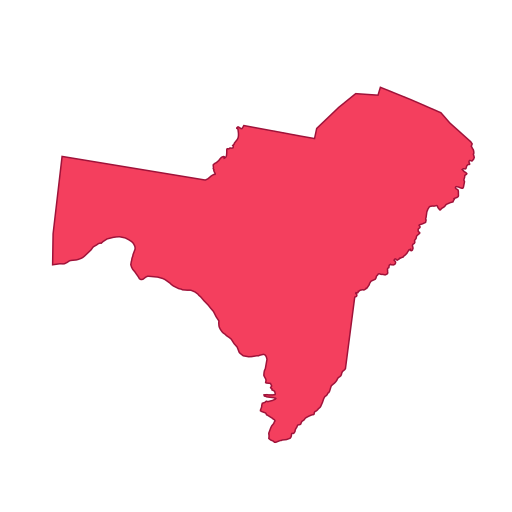 Livingstone, Southern, Zambia, rotated 7°
{"feature_id": "96606910B12959301642296", "entity_name": "Livingstone", "entity_type": "district", "adm_level": 2, "iso_a3": "ZMB", "parent_name": "Zambia", "parent_adm1": "Southern", "projection": "robinson", "projection_center": [25.872, -17.81], "detail": "fine", "context": "isolated", "style": "filled", "palette": "rose", "viewbox_px": 512, "rotation_deg": 7, "n_neighbors": 0, "source": "geoboundaries", "source_scale": "gbopen_adm2", "svg_char_len": 6128}
<svg xmlns="http://www.w3.org/2000/svg" viewBox="0 0 512 512"><g transform="rotate(7 256 256)"><path d="M55.2,289.5L62.2,287.6L65.7,287.3L66.9,287.0L69.3,285.4L71.6,283.4L73.6,282.8L78.1,281.8L80.1,281.0L82.6,279.7L84.1,278.7L85.7,277.1L90.8,270.9L91.6,269.9L93.0,267.3L93.7,266.5L96.5,264.4L98.1,262.9L99.8,262.2L100.8,262.2L102.3,260.4L106.1,257.2L112.0,254.9L115.4,254.0L118.3,253.5L124.1,254.0L127.8,255.4L130.7,256.8L132.3,258.0L133.4,259.3L134.6,261.2L135.1,262.9L135.1,264.2L133.8,269.5L133.7,271.1L133.2,273.3L133.1,275.7L132.9,276.9L132.8,279.9L133.9,282.3L135.3,284.3L137.7,286.5L139.2,288.2L141.5,290.7L143.1,292.8L144.2,293.3L145.4,293.3L146.7,292.8L148.9,290.6L150.0,289.8L151.2,289.2L161.0,288.9L166.2,289.7L168.6,290.5L174.1,293.5L175.3,294.5L177.6,295.8L183.3,297.8L185.7,298.0L187.2,298.5L192.0,298.3L195.0,297.9L196.3,298.1L199.8,299.1L203.0,300.9L204.1,302.0L206.1,303.3L210.0,306.9L214.5,310.5L217.5,313.5L220.3,316.0L221.0,316.9L223.8,321.1L227.1,325.0L227.2,327.1L227.8,330.0L228.3,331.2L229.6,333.2L231.5,335.3L232.7,336.3L235.0,337.5L236.3,338.6L239.3,340.1L241.5,341.5L245.0,345.7L248.4,348.7L251.1,353.7L252.0,354.5L255.5,356.6L261.0,356.9L264.0,356.4L269.0,354.9L270.5,354.8L271.9,354.0L275.1,352.8L275.7,352.7L276.8,353.0L277.7,353.7L278.6,355.0L279.5,357.2L279.0,366.7L278.3,368.9L278.2,370.7L278.3,373.4L278.9,374.5L280.7,377.0L281.1,378.3L281.0,380.5L281.7,380.8L285.9,380.7L287.4,383.1L286.5,384.8L286.9,385.3L288.1,386.0L288.1,386.9L290.1,387.6L291.0,388.1L291.9,390.3L291.8,391.2L289.7,391.8L285.7,392.3L283.8,392.3L280.9,392.8L281.1,393.7L281.8,394.1L282.6,394.1L283.9,394.5L290.4,394.5L292.6,394.7L293.0,394.9L292.7,395.7L289.9,397.4L285.5,399.1L284.1,398.8L283.7,399.0L282.7,400.2L280.2,401.4L279.9,403.5L280.0,404.9L279.8,406.1L279.2,408.4L279.3,409.1L280.7,409.7L284.6,410.6L285.1,411.1L285.9,412.4L286.8,412.6L292.3,415.2L292.8,415.7L294.1,416.2L294.9,417.1L294.9,417.5L294.3,418.7L294.0,420.1L292.3,422.7L291.6,424.7L290.3,430.2L290.4,431.2L290.7,431.9L291.0,434.3L290.9,435.3L291.0,435.6L293.1,436.9L294.7,437.3L295.8,437.7L297.0,438.6L298.3,438.5L302.5,436.2L303.4,436.1L304.6,435.4L308.6,434.5L312.1,432.7L312.7,431.6L313.0,430.3L313.0,428.0L313.4,427.6L314.7,427.6L315.5,426.8L316.1,425.3L316.1,424.2L316.3,423.3L316.6,422.4L317.3,421.1L317.9,418.9L318.9,418.3L319.9,418.1L320.8,417.5L321.5,415.0L321.9,414.4L323.7,412.8L324.6,411.1L325.3,410.4L327.7,408.7L330.4,407.1L331.6,406.6L332.5,406.4L332.9,405.9L333.0,404.2L333.5,403.2L334.8,402.4L336.0,401.0L336.4,400.2L338.1,398.3L338.5,397.5L339.8,393.2L340.6,389.3L341.5,387.1L342.7,386.1L343.4,385.2L344.1,383.3L344.9,382.7L345.5,381.2L346.3,376.7L346.6,375.6L348.3,373.7L349.3,372.7L350.2,371.5L351.3,369.7L351.7,368.3L352.5,366.7L353.8,365.6L354.8,364.5L355.2,363.3L355.4,361.6L355.9,360.1L357.9,358.0L358.5,356.9L359.0,284.8L360.5,283.9L360.8,283.4L360.9,282.8L360.7,282.1L360.3,281.5L359.6,281.1L359.7,280.2L361.4,280.2L361.7,279.8L361.8,279.4L361.8,278.6L362.5,278.4L363.5,277.3L366.2,276.4L367.1,276.6L367.7,276.3L369.2,275.1L369.2,274.6L370.0,274.4L371.9,270.7L372.0,269.6L373.0,267.4L373.5,266.8L377.2,264.5L377.8,263.1L378.0,261.3L378.9,260.2L379.6,258.9L380.4,258.6L382.5,259.0L384.0,258.8L386.2,259.0L386.8,258.9L388.4,257.8L388.7,257.4L388.8,256.4L388.3,254.7L388.4,254.0L388.1,253.3L388.1,252.8L388.2,252.3L388.5,251.9L389.3,251.4L389.3,249.5L389.5,248.7L390.5,247.9L390.9,248.2L391.4,248.2L393.5,248.1L394.5,247.5L395.0,247.0L395.4,245.7L395.2,245.0L394.9,244.3L393.6,243.5L393.6,243.1L394.2,242.1L394.7,241.9L395.3,242.1L396.6,243.0L398.5,241.5L398.6,240.9L399.1,240.5L399.3,240.4L399.5,240.6L401.2,239.5L402.0,239.3L402.7,238.1L404.1,236.7L405.5,234.8L406.3,232.8L406.8,232.2L407.0,231.3L408.5,230.5L408.7,231.7L409.7,231.8L410.5,231.1L410.9,229.3L410.6,228.0L410.3,227.5L410.0,226.8L410.2,225.4L410.5,225.2L410.8,224.8L411.6,224.2L411.8,223.6L412.0,222.8L411.6,222.1L411.5,221.2L412.6,219.4L412.8,218.8L412.9,217.0L413.3,216.1L415.6,213.6L415.7,213.3L415.6,212.8L414.0,211.8L413.7,209.9L413.8,209.4L415.2,207.8L415.3,207.3L415.2,206.9L414.1,205.7L414.4,205.1L417.3,203.8L420.2,202.0L420.4,200.2L420.4,199.4L420.1,199.2L419.9,198.8L419.9,197.8L420.1,197.0L420.2,190.8L420.6,190.2L420.6,189.6L421.0,188.3L422.0,186.2L422.5,185.7L424.8,184.9L426.6,184.8L428.9,184.0L429.3,183.9L429.9,184.3L430.7,185.8L432.7,187.8L433.1,187.9L433.7,187.4L434.2,186.5L434.9,185.8L436.5,184.6L437.5,183.4L438.3,181.9L439.2,181.2L442.4,179.3L444.9,178.3L445.3,176.7L446.0,175.4L446.0,175.0L445.7,174.8L446.3,174.4L447.2,174.0L447.5,173.7L448.1,173.6L449.4,172.4L449.6,171.6L449.0,167.3L448.6,166.0L448.1,165.6L446.2,164.8L445.8,164.4L445.6,163.9L445.8,163.1L446.6,162.7L448.4,162.8L450.3,163.4L452.3,163.7L453.0,163.5L453.5,162.4L453.9,157.0L453.8,156.5L453.0,155.3L453.5,152.1L453.4,150.6L455.0,149.2L455.2,148.5L453.9,147.5L452.1,146.8L451.7,146.2L451.2,146.0L450.1,145.0L451.2,144.1L453.4,144.0L453.8,143.3L453.9,142.6L454.2,140.8L454.9,139.8L455.6,139.3L456.7,139.1L456.9,138.7L455.9,136.8L455.9,136.0L456.5,135.1L457.1,135.1L458.5,135.4L458.9,135.3L460.2,133.4L460.6,131.5L459.4,128.6L459.4,128.0L459.7,127.5L459.5,126.2L459.0,124.6L458.6,123.8L457.8,123.0L457.0,121.7L456.3,120.9L456.9,118.4L455.3,116.5L432.1,100.3L422.1,91.3L390.5,81.9L358.9,73.4L357.5,81.5L335.2,82.7L333.7,84.2L320.0,98.4L300.7,122.0L299.8,132.3L284.7,131.5L228.0,128.0L227.4,129.6L226.6,131.2L225.7,131.4L223.1,130.2L222.5,130.0L222.1,130.2L221.3,131.2L221.4,131.7L222.2,131.9L222.6,132.2L223.6,136.2L223.9,138.4L223.9,140.5L223.3,142.5L220.8,146.6L220.5,148.0L219.4,149.1L220.0,149.6L220.1,151.3L219.5,151.7L218.2,152.0L217.3,151.9L216.8,152.1L216.4,152.6L215.7,153.0L214.5,153.0L214.2,153.2L214.0,153.9L214.4,157.2L214.5,160.0L214.0,161.5L212.9,162.7L212.5,162.9L212.3,162.3L212.3,161.3L211.7,161.2L210.4,161.8L209.5,162.5L208.3,164.2L207.4,165.8L207.0,166.3L206.0,167.2L205.6,168.0L204.1,168.9L202.5,170.5L202.5,171.5L203.0,173.3L202.9,174.5L203.7,175.4L203.6,175.9L204.0,177.0L205.5,179.3L205.4,180.0L204.2,180.2L202.7,181.3L201.7,182.1L198.8,185.3L196.4,186.8L51.4,180.8L51.9,258.7L55.2,289.5Z" fill="#f43f5e" stroke="#9f1239" stroke-width="1.5"/></g></svg>